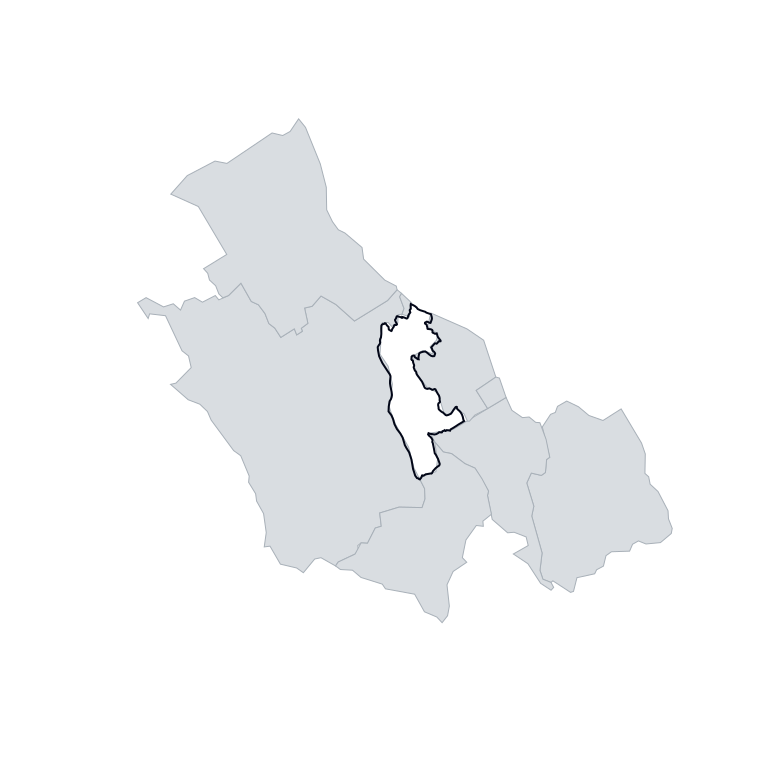 Republic of the Congo highlighted, Equal Earth projection, rotated 148°
{"feature_id": "COG", "entity_name": "Republic of the Congo", "entity_type": "country or territory", "adm_level": 0, "iso_a3": "COG", "parent_name": "Africa", "parent_adm1": "", "projection": "equal_earth", "projection_center": [14.374, -0.658], "detail": "fine", "context": "with_neighbors", "style": "outline", "palette": "ink", "viewbox_px": 768, "rotation_deg": 148, "n_neighbors": 7, "source": "natural_earth", "source_scale": "50m", "svg_char_len": 8113}
<svg xmlns="http://www.w3.org/2000/svg" viewBox="0 0 768 768"><g transform="rotate(148 384 384)"><path d="M546.8,407.2L549.7,445.0L548.3,454.2L550.9,464.5L558.4,474.4L565.2,496.8L560.0,495.0L538.8,500.1L534.9,511.4L537.7,519.2L533.1,557.7L545.6,567.7L549.3,564.5L549.9,583.5L540.0,583.3L530.1,566.2L520.2,563.7L517.4,554.5L509.3,560.0L498.8,557.6L494.6,549.6L480.2,548.4L479.5,542.9L469.0,541.4L451.9,545.3L452.8,524.3L448.5,517.7L447.6,506.8L449.6,496.2L447.0,489.3L446.8,478.2L430.8,478.3L432.0,471.9L425.3,472.0L424.6,475.1L416.4,475.8L411.1,490.5L403.8,488.0L390.8,492.0L382.7,477.0L375.7,453.1L336.8,452.9L323.0,457.0L321.1,451.5L324.5,449.7L327.0,437.4L331.8,433.6L335.3,435.4L339.8,428.6L347.0,428.8L347.8,433.8L352.8,437.0L371.6,411.5L371.1,396.8L376.9,379.5L391.6,361.8L393.1,356.1L395.6,343.4L396.6,317.5L403.1,296.9L405.0,273.8L410.1,264.8L417.2,259.0L436.5,271.6L456.0,276.9L461.7,264.8L467.7,266.5L482.4,257.7L487.6,261.4L491.9,260.9L493.8,256.6L498.7,255.1L517.1,257.3L521.5,255.4L529.5,270.1L535.5,272.3L552.4,266.7L555.6,274.3L567.3,286.1L566.6,306.9L571.9,309.3L562.6,320.4L554.8,337.9L554.1,352.2L551.0,359.0L550.9,372.4L547.1,377.4L543.5,399.1L546.8,407.2Z" fill="#d9dde1" stroke="#a8b0b8" stroke-width="1"/><path d="M196.1,237.2L196.9,197.4L199.5,186.2L210.1,169.9L208.7,165.1L211.4,158.0L208.6,147.6L210.3,126.0L214.2,118.9L216.1,108.8L219.6,105.0L233.6,103.0L246.6,109.5L251.4,116.1L258.1,116.4L264.3,112.1L280.0,121.2L286.7,120.8L294.4,113.3L302.1,113.8L305.9,111.4L323.0,117.5L333.2,107.7L336.2,108.4L345.1,127.6L347.5,127.2L352.7,134.2L350.5,143.3L339.5,156.9L328.7,193.7L321.7,201.0L315.4,224.4L306.3,230.4L299.0,223.1L294.0,223.4L286.1,233.8L282.3,234.0L272.5,263.7L258.8,270.0L253.8,269.1L248.7,273.1L238.1,272.7L231.1,261.6L226.9,248.7L217.6,237.0L196.1,237.2Z" fill="#d9dde1" stroke="#a8b0b8" stroke-width="1"/><path d="M351.6,120.6L356.8,131.9L357.2,155.3L364.4,171.3L347.3,170.6L344.5,179.0L352.2,189.3L358.0,192.3L364.0,211.8L355.3,234.6L352.1,237.8L351.4,264.4L357.6,273.6L363.6,289.2L369.7,294.9L371.7,308.2L370.7,317.8L349.5,308.9L287.6,307.9L289.5,293.9L284.4,282.1L278.4,279.1L275.7,271.1L272.3,268.6L275.9,251.1L282.3,234.0L286.1,233.8L294.0,223.4L299.0,223.1L306.3,230.4L315.4,224.4L321.7,201.0L328.7,193.7L339.5,156.9L350.5,143.3L352.7,134.2L347.5,127.2L347.9,121.6L351.6,120.6Z" fill="#d9dde1" stroke="#a8b0b8" stroke-width="1"/><path d="M521.5,255.4L517.1,257.3L498.7,255.1L487.6,261.4L482.4,257.7L467.7,266.5L461.7,264.8L456.0,276.9L436.5,271.6L417.2,259.0L410.1,264.8L405.0,273.8L403.9,286.2L386.4,282.2L378.6,291.6L371.7,308.2L369.7,294.9L363.6,289.2L357.6,273.6L351.4,264.4L351.1,251.6L352.1,237.8L355.3,234.6L361.9,216.6L372.8,215.3L375.2,210.7L380.7,215.1L397.2,208.3L409.6,195.2L408.3,189.0L424.7,188.4L437.0,180.3L446.3,161.0L452.9,153.8L461.2,150.8L462.7,158.4L470.4,169.4L469.4,189.5L491.3,209.5L491.5,215.2L506.0,232.1L509.4,242.8L519.3,249.8L521.5,255.4Z" fill="#d9dde1" stroke="#a8b0b8" stroke-width="1"/><path d="M309.1,308.3L323.4,309.5L331.2,307.2L332.9,308.2L331.9,316.0L335.6,325.2L345.4,323.7L348.7,327.2L343.0,347.9L349.2,358.4L350.7,372.3L349.0,384.1L345.0,392.5L333.3,391.8L326.2,383.2L325.2,391.1L316.3,393.3L311.8,397.8L316.7,409.5L306.7,419.4L284.4,386.7L276.3,368.3L285.5,330.6L309.2,329.7L309.1,308.3Z" fill="#d9dde1" stroke="#a8b0b8" stroke-width="1"/><path d="M287.6,307.9L309.1,308.3L309.2,329.7L285.5,330.6L283.0,327.9L287.6,307.9Z" fill="#d9dde1" stroke="#a8b0b8" stroke-width="1"/><path d="M331.8,433.6L327.0,437.4L324.5,449.7L321.1,451.5L317.6,438.2L326.9,427.5L331.8,433.6ZM323.0,457.0L336.8,452.9L375.7,453.1L382.7,477.0L390.8,492.0L403.8,488.0L411.1,490.5L416.4,475.8L424.6,475.1L425.3,472.0L432.0,471.9L430.8,478.3L446.8,478.2L447.0,489.3L449.6,496.2L447.6,506.8L448.5,517.7L452.8,524.3L451.9,545.3L469.0,541.4L475.0,542.5L476.3,547.9L474.7,556.5L476.9,564.7L474.8,571.3L475.9,577.4L448.7,577.2L447.4,632.9L464.2,658.0L440.4,665.0L409.2,662.6L400.3,654.3L345.9,656.2L338.2,648.4L329.8,647.9L315.9,654.1L314.6,643.2L321.4,604.4L328.7,581.4L340.3,562.1L341.7,549.0L341.0,539.0L337.1,532.7L330.3,511.4L335.1,500.7L328.3,471.7L321.7,460.5L323.0,457.0Z" fill="#d9dde1" stroke="#a8b0b8" stroke-width="1"/><path d="M307.2,418.3L308.0,415.5L308.6,414.2L309.3,413.4L312.1,411.2L312.5,411.3L314.5,414.1L315.1,414.3L315.8,414.2L316.7,414.3L317.1,413.8L317.1,413.1L316.5,412.3L316.5,411.4L316.9,410.5L317.1,409.4L317.7,408.2L317.8,407.6L317.1,407.0L315.8,406.0L314.9,405.1L314.5,404.2L314.8,403.1L315.5,402.2L315.5,401.7L314.8,400.8L314.4,399.9L313.9,399.4L312.5,399.0L312.8,397.9L313.3,396.1L313.4,394.8L313.0,391.2L313.1,390.6L313.4,390.3L314.2,390.6L315.0,391.2L317.2,390.4L318.0,390.3L318.6,391.0L319.5,391.5L324.5,390.0L324.6,388.5L324.9,387.2L325.0,386.2L324.8,385.5L324.5,385.0L324.4,384.0L324.4,382.9L324.8,382.4L326.4,381.1L326.9,381.1L328.1,381.8L329.1,382.9L330.1,385.3L330.7,387.3L331.7,389.7L333.9,390.7L336.6,391.4L338.0,391.2L340.0,389.1L341.2,387.5L341.5,386.6L342.2,387.1L343.0,389.2L343.5,390.0L343.6,390.8L343.2,391.8L343.6,392.4L345.0,392.9L346.2,392.5L346.8,391.6L347.7,390.5L347.7,389.5L347.2,388.9L347.2,388.0L347.7,387.4L348.2,385.5L348.4,384.2L348.9,383.3L349.8,382.7L350.1,382.2L350.7,379.0L350.4,377.9L350.4,376.9L351.0,375.7L351.1,373.7L350.8,370.4L350.7,368.2L350.5,365.9L350.9,362.8L351.4,359.6L351.3,358.8L350.7,357.8L349.9,356.9L347.8,356.2L347.0,355.0L346.4,353.8L346.0,353.4L343.7,352.9L343.2,352.2L343.4,350.2L343.6,347.2L343.5,345.2L343.9,343.5L344.4,342.3L345.4,340.9L345.9,339.4L346.2,339.0L348.1,338.7L348.8,338.1L349.3,337.4L349.6,336.6L350.2,335.1L350.8,334.1L350.9,333.4L350.7,332.5L350.2,330.7L349.5,329.1L349.1,328.6L348.2,325.0L347.5,324.2L345.9,323.7L343.1,323.3L341.4,323.9L338.8,325.2L336.8,326.0L335.5,326.5L334.7,326.3L334.4,325.8L334.9,325.3L335.1,324.2L334.8,322.7L334.3,321.2L334.0,319.2L334.1,316.7L334.6,314.4L335.7,311.3L335.7,310.1L338.9,310.1L342.1,310.2L345.5,310.1L348.9,310.1L351.5,310.2L352.7,309.4L353.9,310.6L354.5,310.9L355.1,311.6L356.6,311.5L356.9,311.7L357.0,312.7L358.4,312.7L359.0,312.9L359.6,312.9L360.4,312.3L361.0,312.5L362.0,313.3L362.7,313.9L363.8,313.7L366.2,313.8L368.1,314.5L369.9,316.2L371.2,317.2L372.3,318.7L372.7,318.4L373.1,318.0L373.3,317.9L373.3,316.6L372.6,314.4L372.4,312.6L372.5,311.1L373.0,310.0L373.8,309.3L373.9,308.3L373.9,308.1L374.8,305.7L375.7,303.3L376.8,300.5L377.7,298.2L377.5,297.0L377.6,295.3L377.8,293.4L377.8,292.2L378.0,291.4L378.6,288.6L379.0,286.9L379.5,286.2L380.4,285.6L381.6,285.6L384.7,285.3L387.6,284.5L388.6,284.2L390.5,283.0L391.2,282.9L391.8,283.4L395.3,284.8L396.3,285.3L396.7,285.2L397.2,285.3L398.0,285.4L398.8,285.2L399.3,285.4L400.0,286.3L400.4,286.2L401.0,285.5L402.1,284.8L404.1,284.1L404.5,284.4L405.2,286.1L405.9,286.7L406.1,289.8L405.1,293.6L404.4,296.5L402.4,301.3L400.7,305.6L398.9,312.7L398.9,317.9L398.7,321.2L398.1,323.2L396.6,328.7L396.4,333.3L396.9,339.0L396.4,344.4L394.9,349.5L394.3,353.5L394.7,358.3L391.9,362.4L388.4,366.4L386.1,367.5L384.4,368.9L383.1,370.4L382.7,371.2L381.8,373.1L379.7,378.8L378.6,381.3L377.2,383.5L375.1,386.1L374.3,387.3L374.0,389.1L374.1,392.4L374.3,402.5L374.0,405.4L373.4,410.2L371.3,415.6L369.8,418.6L368.2,419.5L366.2,420.3L365.2,421.3L364.6,422.8L363.5,424.1L361.8,425.2L359.7,427.9L357.1,432.3L355.4,434.8L354.4,435.4L353.4,435.5L352.4,434.9L351.6,434.9L351.2,435.1L350.9,434.9L350.5,434.5L350.5,433.5L350.4,431.9L349.9,430.1L350.5,428.8L351.0,427.7L350.9,427.2L350.4,426.3L349.8,425.1L349.2,425.1L348.1,426.1L346.8,426.8L345.7,427.2L344.8,427.9L344.3,428.4L343.5,428.4L343.1,427.9L342.1,427.5L341.6,427.6L341.3,427.8L341.2,429.4L341.1,430.7L340.9,432.0L340.6,432.6L339.2,433.2L338.2,434.0L337.4,434.6L336.8,434.5L335.8,433.3L334.8,432.3L334.2,431.4L333.9,430.8L333.7,430.5L333.0,430.4L332.8,431.0L332.5,430.7L331.5,429.5L330.3,427.7L329.9,427.4L329.2,427.4L328.2,428.1L327.1,429.2L325.3,430.2L323.8,430.7L323.6,431.4L323.3,432.6L322.7,433.3L321.4,433.6L320.9,434.6L319.7,436.7L318.9,437.6L318.7,437.2L318.3,436.7L317.3,435.1L316.3,433.2L316.1,432.3L315.8,431.8L315.7,429.8L314.3,427.5L310.7,423.3L310.3,422.1L307.2,418.3Z" fill="none" stroke="#020617" stroke-width="2"/></g></svg>